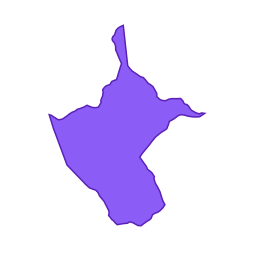 the district of Igarassu, Pernambuco, Brazil, rotated 55°
{"feature_id": "56859067B26205413657265", "entity_name": "Igarassu", "entity_type": "district", "adm_level": 2, "iso_a3": "BRA", "parent_name": "Brazil", "parent_adm1": "Pernambuco", "projection": "mercator", "projection_center": [-34.962, -7.796], "detail": "fine", "context": "isolated", "style": "filled", "palette": "violet", "viewbox_px": 256, "rotation_deg": 55, "n_neighbors": 0, "source": "geoboundaries", "source_scale": "gbopen_adm2", "svg_char_len": 1890}
<svg xmlns="http://www.w3.org/2000/svg" viewBox="0 0 256 256"><g transform="rotate(55 128 128)"><path d="M198.0,192.9L201.0,192.3L202.3,189.5L203.3,187.4L204.4,185.3L205.7,183.1L205.9,180.3L208.1,178.5L213.7,175.7L215.6,173.3L215.4,170.6L215.3,166.7L215.6,163.2L215.3,161.0L213.1,157.6L213.3,154.5L214.1,152.1L214.1,149.1L213.3,144.9L212.0,141.8L208.4,141.3L205.7,140.7L202.5,139.7L198.6,138.4L193.2,137.6L190.1,137.4L187.8,137.0L184.3,135.7L183.0,134.3L178.2,134.1L172.9,135.7L170.0,135.0L164.3,135.1L158.6,135.1L156.9,130.6L154.2,120.7L152.4,115.1L151.2,110.7L150.6,103.1L150.9,99.4L150.9,96.7L148.2,92.7L146.3,90.3L146.7,87.3L146.9,84.7L146.7,81.5L146.8,78.8L147.9,76.4L149.7,74.5L153.1,71.7L155.9,68.7L158.0,66.0L159.9,62.8L160.0,56.8L158.0,58.9L157.1,61.7L154.2,63.8L149.8,65.9L147.5,66.0L145.2,65.8L142.8,66.2L140.5,68.0L136.7,67.5L134.0,68.0L131.7,71.6L129.0,75.3L127.8,78.0L127.3,81.4L125.5,83.7L123.0,85.5L119.0,86.4L116.1,84.6L110.7,84.0L108.5,83.8L105.8,84.6L103.0,85.8L97.6,86.2L95.3,86.6L93.1,88.4L88.6,90.0L83.8,91.9L80.1,92.4L76.8,92.5L41.2,73.0L40.7,75.5L40.4,78.5L41.1,81.7L44.1,85.7L44.4,87.9L45.8,89.9L47.6,90.6L50.8,90.3L53.9,91.3L57.3,93.5L60.0,93.8L62.3,94.5L71.6,96.4L73.2,98.7L77.6,104.3L80.4,107.8L81.8,109.8L81.1,111.9L80.6,114.7L82.0,117.9L80.9,122.1L81.2,124.0L82.0,126.6L84.6,128.0L87.3,130.5L88.6,132.7L89.9,134.5L91.7,135.5L93.0,138.2L93.9,140.4L92.7,143.0L90.6,145.5L88.5,146.9L85.9,148.5L85.6,151.4L85.2,153.6L84.4,156.5L83.6,158.8L83.8,161.8L83.0,164.9L82.9,168.3L83.1,170.6L83.1,176.7L81.3,180.4L77.0,182.2L73.7,183.5L71.9,184.9L85.4,189.3L92.1,191.0L109.3,195.5L123.4,199.2L144.1,195.9L150.6,194.9L155.2,193.8L157.9,191.9L160.4,190.1L163.4,189.6L167.4,190.3L171.5,189.9L174.8,189.7L177.8,190.2L180.9,190.6L184.2,191.1L186.4,191.9L188.6,194.1L190.7,193.8L193.7,193.8L195.6,193.1L198.0,192.9Z" fill="#8b5cf6" stroke="#5b21b6" stroke-width="1.5"/></g></svg>